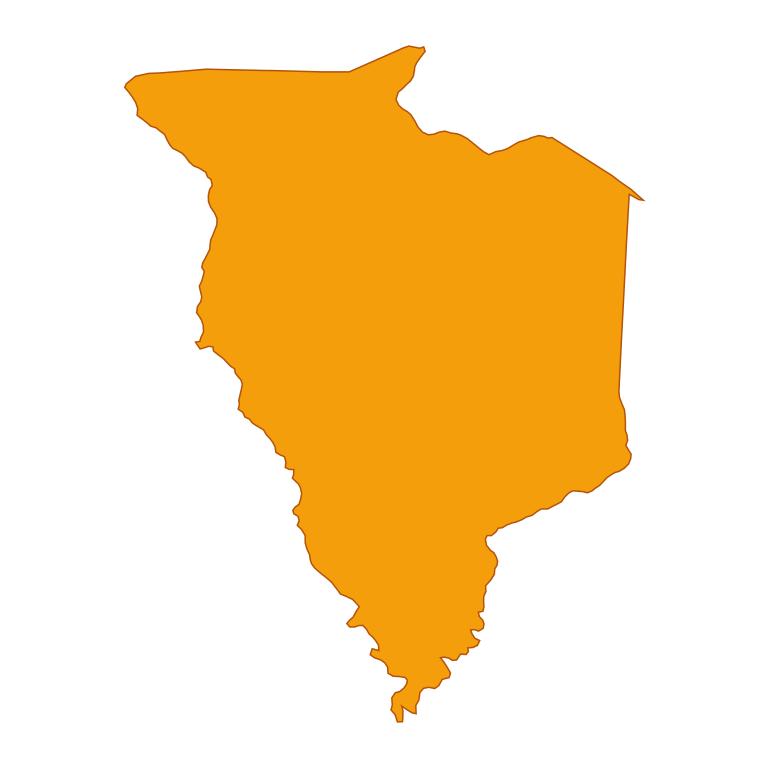 Nortelândia, Mato Grosso, Brazil (Albers equal-area conic projection)
{"feature_id": "56859067B4738325459726", "entity_name": "Nortelândia", "entity_type": "district", "adm_level": 2, "iso_a3": "BRA", "parent_name": "Brazil", "parent_adm1": "Mato Grosso", "projection": "albers", "projection_center": [-56.739, -14.389], "detail": "fine", "context": "isolated", "style": "filled", "palette": "amber", "viewbox_px": 768, "rotation_deg": 0, "n_neighbors": 0, "source": "geoboundaries", "source_scale": "gbopen_adm2", "svg_char_len": 4122}
<svg xmlns="http://www.w3.org/2000/svg" viewBox="0 0 768 768"><path d="M618.9,391.6L621.5,338.3L621.7,334.5L623.5,300.7L626.4,243.9L629.2,194.3L638.9,199.6L643.3,200.2L631.0,189.4L620.1,181.8L611.6,175.3L551.9,137.5L548.0,138.1L544.2,136.4L538.8,135.6L531.2,137.7L527.3,139.5L523.3,140.7L518.8,142.0L514.8,144.2L507.6,148.6L501.8,150.6L495.9,151.6L489.0,154.7L483.4,151.6L478.2,147.5L473.6,143.7L467.1,138.5L460.6,135.0L456.9,133.8L451.0,133.0L444.7,131.1L438.7,132.3L434.1,134.2L428.4,134.8L422.4,132.1L417.8,126.8L415.4,121.9L410.9,114.7L407.3,111.6L402.5,108.8L398.7,105.2L396.0,99.5L398.2,92.2L402.5,88.6L406.5,84.6L410.7,80.7L413.3,76.2L414.4,70.6L414.8,66.8L416.7,62.7L419.9,58.1L425.1,51.4L423.7,46.9L419.9,48.2L408.9,46.1L403.3,47.9L399.8,49.5L381.3,57.7L349.2,71.9L322.2,71.9L274.1,70.6L264.6,70.5L206.0,69.2L178.8,71.5L159.3,73.0L148.6,73.4L135.5,76.3L126.5,83.6L124.7,87.4L129.0,92.4L132.6,97.4L135.7,102.5L137.7,108.5L137.1,115.4L143.5,120.0L147.7,123.4L150.4,126.0L156.3,127.9L159.6,130.7L164.6,134.4L167.1,140.0L169.7,144.7L172.8,148.4L177.6,150.7L182.2,153.3L185.4,156.6L189.2,161.9L193.8,166.0L198.6,167.8L202.1,169.9L205.8,172.3L207.7,177.1L211.0,179.5L212.3,185.5L209.6,189.5L208.3,195.7L208.5,201.7L210.7,207.3L214.5,212.8L217.0,218.6L216.9,224.7L214.7,230.3L212.7,235.6L210.7,239.9L210.1,244.2L209.8,249.2L207.4,254.1L205.0,258.8L202.8,262.7L201.8,267.4L204.3,271.5L203.0,276.6L201.8,280.9L199.3,286.2L200.4,291.0L201.8,296.9L200.7,301.8L197.5,306.5L196.6,312.7L199.3,316.4L201.4,319.9L203.2,325.0L203.5,332.2L200.8,337.7L199.8,341.4L195.5,342.1L200.1,349.0L204.6,347.7L208.7,346.3L212.9,346.9L213.5,351.0L218.1,354.7L223.0,358.3L226.7,362.2L230.5,366.2L234.6,368.8L235.3,373.1L238.2,376.8L240.8,379.7L242.3,384.0L241.5,388.7L239.9,395.5L238.8,400.6L239.4,404.5L238.2,409.2L242.8,412.3L244.9,417.0L249.5,419.2L252.2,422.8L255.9,425.4L259.6,427.5L263.6,429.9L266.4,434.8L269.9,438.5L272.7,442.2L275.1,446.9L275.9,452.4L279.9,454.8L284.5,456.7L285.9,462.1L285.3,467.5L289.2,469.4L293.8,469.6L293.6,474.7L292.4,478.2L295.8,481.5L298.6,484.1L300.4,487.8L301.7,493.6L300.5,499.7L299.0,504.3L295.2,507.1L292.8,510.3L293.9,513.9L298.0,516.2L299.2,520.6L297.3,525.3L301.7,529.7L305.2,535.6L305.2,542.8L306.9,548.9L309.5,554.5L310.4,560.2L311.5,563.7L314.8,568.1L318.4,571.3L322.2,574.5L326.0,577.4L331.5,582.1L334.9,586.6L337.4,589.7L340.4,594.0L345.8,596.2L352.6,599.4L356.0,603.0L359.3,606.7L355.9,611.9L353.2,617.0L349.8,620.0L346.8,623.5L349.8,627.0L354.6,627.0L358.7,625.6L362.8,625.4L366.4,629.1L369.0,633.8L372.8,637.2L375.7,640.7L378.5,645.2L378.8,650.5L372.2,648.8L370.2,654.7L374.3,657.7L380.5,659.8L384.7,662.7L387.6,667.1L388.0,673.3L393.2,676.2L399.8,676.6L404.9,677.4L407.4,680.2L406.5,684.2L403.9,688.1L399.5,691.7L395.4,692.6L391.8,697.9L392.3,705.2L391.0,709.9L395.1,714.7L397.4,721.9L402.5,721.7L402.9,716.2L402.9,710.2L401.7,706.0L407.4,710.0L412.0,712.8L416.1,713.7L415.8,705.5L418.9,700.0L419.9,692.5L423.6,688.3L428.9,687.3L434.8,688.5L438.8,685.6L442.2,679.4L449.1,677.6L450.5,673.1L447.4,667.6L444.0,662.2L440.4,657.7L444.1,657.1L449.1,658.2L452.3,660.4L456.6,660.0L460.6,654.1L466.1,654.5L468.4,651.6L467.8,647.9L472.9,647.5L477.4,645.4L479.7,640.6L474.9,638.3L472.1,634.0L470.6,629.9L474.7,629.6L478.5,631.1L483.1,628.4L484.0,624.0L482.8,620.3L479.4,616.6L478.3,612.2L482.9,611.3L483.9,607.0L483.6,601.6L483.8,596.3L485.9,591.5L485.6,585.8L490.8,579.9L494.3,574.4L494.8,568.8L496.9,565.5L497.6,561.3L496.2,556.9L493.9,552.8L490.4,550.3L486.4,545.1L485.4,539.1L487.1,535.6L491.4,535.6L495.9,531.9L498.3,528.2L502.3,527.7L506.8,525.0L511.9,523.0L516.0,522.1L521.8,519.7L526.2,517.1L532.1,515.3L537.5,511.2L541.3,509.0L547.8,508.9L552.3,506.5L556.3,504.5L561.4,501.8L564.8,496.9L568.6,493.1L573.0,490.8L577.7,491.2L582.9,491.6L587.4,492.8L592.1,490.8L595.5,488.1L599.4,485.6L602.9,482.0L607.1,477.5L611.7,474.4L615.2,472.4L619.0,471.4L624.2,468.3L628.5,464.0L630.7,458.6L631.1,454.1L629.0,450.9L625.8,445.3L627.6,440.4L627.0,434.9L625.4,430.8L625.4,426.7L625.4,422.0L625.1,416.0L624.4,409.7L621.8,403.6L619.5,397.4L618.9,391.6Z" fill="#f59e0b" stroke="#b45309" stroke-width="1.5"/></svg>